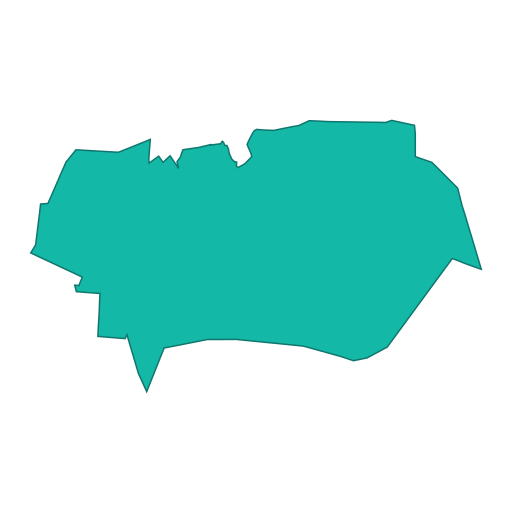 General Zaragoza, Nuevo León, Mexico (Mercator projection)
{"feature_id": "50627088B50293210401626", "entity_name": "General Zaragoza", "entity_type": "district", "adm_level": 2, "iso_a3": "MEX", "parent_name": "Mexico", "parent_adm1": "Nuevo León", "projection": "mercator", "projection_center": [-99.779, 23.881], "detail": "fine", "context": "isolated", "style": "filled", "palette": "teal", "viewbox_px": 512, "rotation_deg": 0, "n_neighbors": 0, "source": "geoboundaries", "source_scale": "gbopen_adm2", "svg_char_len": 1845}
<svg xmlns="http://www.w3.org/2000/svg" viewBox="0 0 512 512"><path d="M321.8,351.2L340.5,356.4L353.5,360.7L367.1,357.9L387.2,347.1L404.4,323.7L428.6,290.7L452.3,258.5L459.0,261.0L464.4,263.3L472.9,266.3L473.0,266.4L481.3,269.3L473.4,242.8L473.3,242.5L469.6,230.2L469.2,228.8L469.2,228.7L468.9,227.9L465.0,214.8L462.0,205.3L457.7,188.2L436.0,166.4L431.7,162.3L425.0,160.0L415.3,156.6L415.3,151.0L415.3,133.6L414.5,125.3L391.7,120.4L391.1,120.6L385.5,122.5L383.9,122.4L328.0,121.6L318.6,121.1L314.0,120.9L309.2,120.7L298.7,125.6L292.0,126.7L282.5,128.6L273.9,130.4L263.6,130.0L256.6,129.4L254.1,130.9L252.3,133.7L249.5,139.1L247.1,144.4L247.9,146.5L249.9,150.9L251.1,153.8L251.7,156.7L244.8,163.8L237.9,167.6L236.4,166.2L236.7,162.1L234.5,161.7L231.6,158.9L230.3,155.7L229.5,154.2L228.7,150.7L228.4,148.9L226.9,145.5L224.8,145.4L223.5,142.3L222.3,141.3L220.5,143.8L210.5,145.0L210.6,144.6L208.9,145.0L199.0,147.4L183.0,149.7L181.4,153.8L180.7,156.7L177.0,161.7L178.6,168.4L170.1,155.8L163.0,162.4L161.2,159.7L158.7,156.2L149.1,163.1L148.8,159.1L149.6,148.1L149.7,147.2L150.3,139.4L147.6,140.5L146.7,140.9L146.0,141.2L118.9,152.1L117.6,152.2L117.0,152.2L105.3,151.5L105.2,151.5L76.0,149.8L66.0,162.1L58.7,178.7L58.3,179.8L47.9,203.5L40.6,204.0L39.6,212.8L35.6,245.0L34.1,247.4L32.4,250.2L30.7,252.9L31.0,253.0L31.6,253.3L32.0,253.5L32.8,253.9L34.8,254.8L36.8,255.8L82.3,277.1L78.9,285.5L74.7,285.2L76.4,291.7L99.0,293.4L100.0,293.4L99.6,300.7L99.2,311.7L98.9,317.7L98.2,328.8L97.9,336.4L125.1,338.6L127.0,334.7L127.1,335.1L127.1,335.3L132.7,354.2L132.9,354.7L133.6,357.2L133.8,357.8L138.4,373.4L146.7,391.6L163.6,349.3L164.1,348.0L179.1,345.1L184.6,344.0L207.4,339.5L210.5,339.5L220.8,339.5L236.1,339.4L253.9,341.2L282.5,344.0L303.3,346.1L317.6,350.0L318.2,350.2L321.7,351.2L321.8,351.2Z" fill="#14b8a6" stroke="#0f766e" stroke-width="1.5"/></svg>